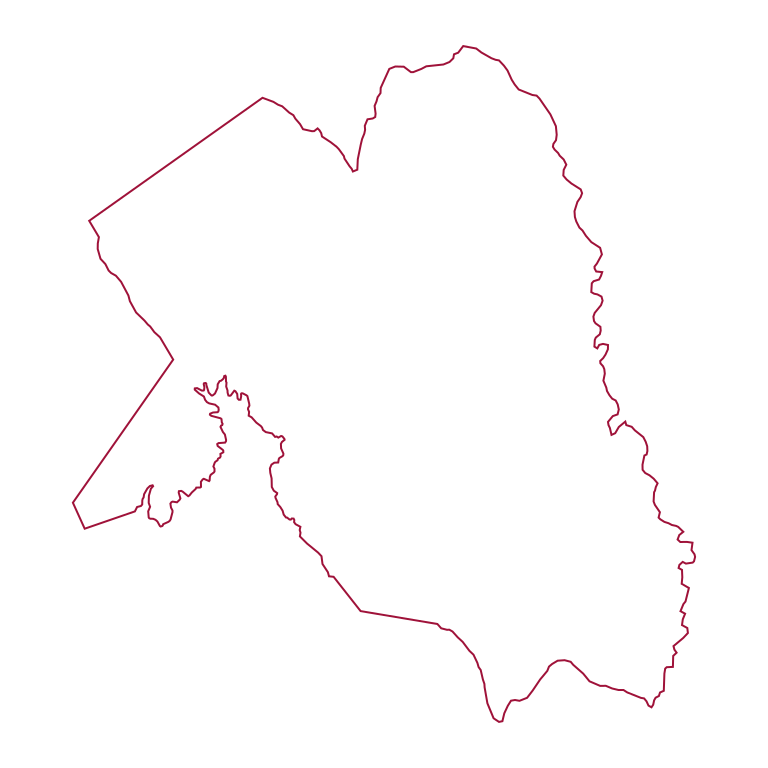 San Miguel Suchixtepec, Oaxaca, Mexico
{"feature_id": "50627088B50710705536412", "entity_name": "San Miguel Suchixtepec", "entity_type": "district", "adm_level": 2, "iso_a3": "MEX", "parent_name": "Mexico", "parent_adm1": "Oaxaca", "projection": "natural_earth1", "projection_center": [-96.466, 16.079], "detail": "fine", "context": "isolated", "style": "outline", "palette": "rose", "viewbox_px": 768, "rotation_deg": 0, "n_neighbors": 0, "source": "geoboundaries", "source_scale": "gbopen_adm2", "svg_char_len": 6091}
<svg xmlns="http://www.w3.org/2000/svg" viewBox="0 0 768 768"><path d="M558.1,153.0L554.6,149.6L552.9,146.8L553.4,143.9L556.0,140.2L556.7,134.8L555.9,126.2L550.4,114.4L539.5,98.6L536.6,95.6L532.4,95.0L518.7,89.5L514.7,84.5L511.7,79.7L507.5,70.5L503.9,65.6L499.0,60.4L495.6,59.8L491.4,58.2L481.4,52.5L476.2,48.5L463.2,46.1L458.2,52.7L454.0,54.3L453.3,58.3L449.5,62.0L443.4,64.5L426.3,66.3L421.4,68.9L413.3,72.1L410.9,72.1L403.8,66.7L395.3,66.5L389.3,68.9L380.7,87.9L380.5,93.1L377.6,97.2L376.5,101.4L374.6,105.9L375.6,113.7L375.2,117.0L372.7,118.5L367.5,119.3L364.8,125.8L365.1,129.8L364.3,133.6L362.1,139.0L360.8,144.4L357.8,159.2L357.3,169.7L352.9,171.5L351.7,168.8L349.6,166.3L344.5,158.6L343.9,156.1L338.8,149.1L336.6,146.8L330.7,142.2L322.0,136.5L321.2,133.1L319.5,130.3L317.6,128.4L314.2,131.1L312.0,131.2L303.0,129.2L300.1,124.2L295.3,118.6L293.4,115.2L289.2,112.6L282.2,106.3L278.0,104.7L273.5,101.9L262.5,97.8L89.2,220.8L98.9,237.1L97.8,243.4L97.7,249.0L100.5,258.8L105.4,264.1L108.6,270.5L111.1,273.0L115.9,275.7L121.1,281.8L128.4,295.5L129.9,301.2L136.1,312.5L144.5,320.6L147.8,324.5L150.2,326.5L154.3,332.1L160.0,337.3L173.2,359.6L72.9,502.7L84.7,528.7L134.9,511.4L137.1,507.0L140.9,506.0L142.2,504.5L142.3,500.4L142.7,498.8L143.6,497.5L144.1,494.2L147.4,488.4L149.9,486.0L152.6,485.3L153.1,486.2L150.9,488.7L148.9,495.7L148.7,502.9L150.1,506.8L148.2,511.3L148.7,517.4L149.2,518.2L150.3,518.7L153.2,518.8L155.5,519.8L157.4,521.5L159.9,526.0L160.6,526.5L162.1,526.1L162.7,525.6L163.2,524.2L168.5,521.8L169.9,520.6L170.6,519.3L172.5,512.1L172.5,510.5L171.0,507.6L170.4,503.6L171.5,502.1L172.6,501.6L177.0,502.3L179.7,499.7L180.4,498.4L178.7,492.7L178.9,491.2L181.2,490.9L182.6,491.6L188.2,496.2L189.4,495.5L191.8,492.5L195.6,489.0L196.3,487.6L200.2,487.5L201.0,486.9L200.9,481.8L202.7,479.4L203.8,478.8L209.1,481.1L209.6,480.5L209.9,476.7L210.7,474.8L213.9,472.4L214.5,471.5L214.5,468.7L213.4,466.5L214.6,463.0L215.3,461.8L217.5,460.3L218.0,458.7L220.1,457.5L220.6,456.3L220.4,453.9L223.3,452.3L223.3,450.7L222.8,449.9L217.7,446.0L217.2,444.1L218.5,443.1L225.1,442.6L226.0,441.2L226.1,440.0L224.9,434.5L222.9,432.0L220.5,426.9L221.1,425.6L222.2,425.1L222.6,423.9L221.8,422.3L221.5,419.1L220.6,418.3L211.2,415.8L209.9,414.7L210.1,413.7L213.0,412.5L217.6,412.2L218.3,411.5L218.7,409.9L218.4,407.5L215.1,404.7L209.2,403.4L206.9,402.1L205.1,399.8L203.9,396.5L199.1,393.5L194.8,389.7L194.7,389.1L194.8,388.4L197.1,388.1L201.9,390.6L203.7,390.5L204.1,389.9L204.4,387.3L203.7,384.0L204.1,383.2L205.7,383.0L206.3,383.7L206.3,384.8L208.7,392.6L211.3,395.3L212.0,395.6L213.0,395.2L215.0,393.5L217.5,388.0L217.7,384.3L219.6,381.1L221.1,380.7L222.8,379.3L223.7,378.2L224.3,376.0L225.4,375.7L225.9,376.7L226.0,381.5L226.5,382.6L226.2,386.6L227.5,390.4L227.6,392.7L228.4,395.5L229.9,395.8L230.8,395.4L234.3,390.7L235.4,391.2L237.2,393.9L237.6,398.5L238.9,399.8L240.5,399.7L241.2,396.1L241.0,394.0L241.5,393.3L242.6,393.3L246.5,395.3L247.4,396.1L249.2,403.7L249.4,405.7L248.1,408.0L248.0,409.2L249.1,411.9L248.7,415.7L251.6,417.3L256.3,422.6L260.9,426.1L262.1,427.6L263.0,430.0L265.8,432.1L272.1,433.4L275.1,436.9L276.7,436.5L278.3,437.6L281.1,436.0L282.4,436.4L284.4,438.9L284.6,439.8L281.9,442.0L280.9,443.9L281.1,448.4L283.4,453.6L283.3,455.1L282.6,456.1L279.4,458.0L278.8,459.0L278.2,462.5L274.3,462.7L271.5,464.6L269.9,468.4L270.3,472.9L271.6,478.4L271.8,487.0L273.8,490.7L277.2,493.1L277.0,494.2L275.3,496.5L275.5,497.8L277.5,502.2L277.7,504.1L280.3,507.0L282.6,510.7L283.7,514.6L286.0,517.5L287.1,517.6L289.5,519.5L290.8,519.6L291.8,518.5L293.6,518.6L294.3,520.0L294.1,522.2L295.6,524.2L300.4,526.8L299.7,530.0L300.5,532.7L299.9,536.4L307.1,543.6L318.1,552.6L321.5,556.2L322.5,564.0L327.9,572.2L329.0,576.3L333.6,576.8L360.6,611.1L437.4,624.0L441.2,628.3L447.0,629.8L449.3,629.7L452.5,631.5L457.7,637.3L462.7,641.9L469.4,650.8L473.5,654.7L477.4,662.9L478.6,667.1L480.7,670.0L482.9,679.5L484.4,683.9L484.6,687.3L487.4,703.3L493.6,718.3L499.0,721.9L502.4,721.2L504.3,713.3L507.8,705.8L511.0,700.7L515.0,700.0L519.5,700.8L527.1,697.8L532.7,690.5L540.2,679.4L547.3,670.9L549.0,666.6L552.1,664.0L557.6,660.7L564.6,660.2L570.7,661.8L573.2,664.8L583.2,673.6L589.5,681.3L600.2,685.9L605.8,685.8L612.2,688.5L618.5,690.0L623.5,690.0L627.2,692.4L641.0,697.9L644.1,698.4L646.5,701.3L648.5,705.6L651.5,707.3L653.2,704.7L654.1,700.4L655.6,697.7L658.9,696.0L660.0,692.5L663.8,690.8L664.4,673.5L665.2,668.6L666.7,667.2L672.9,666.9L673.2,655.9L676.6,652.7L674.4,649.6L673.5,646.1L683.2,638.0L687.9,633.0L687.3,628.0L682.0,625.1L682.8,619.3L685.1,613.7L680.5,611.2L683.4,604.1L685.5,601.5L688.9,588.0L681.7,583.8L682.3,577.3L682.0,569.9L678.6,568.0L679.4,564.9L682.7,561.9L685.9,563.6L692.7,562.6L694.0,561.3L695.1,556.9L694.5,554.3L691.5,550.1L692.5,542.7L686.8,541.9L680.3,542.0L677.6,539.5L679.3,535.0L683.3,531.8L678.2,526.9L676.1,525.9L671.9,525.0L668.5,523.2L664.4,521.9L660.3,519.3L658.6,517.6L659.9,512.2L654.9,504.9L653.6,501.5L654.1,492.2L655.0,490.6L655.8,487.1L657.6,483.3L653.7,478.7L649.5,475.3L645.2,473.0L642.6,469.8L642.5,464.7L644.4,455.5L646.6,454.5L647.4,451.0L647.2,446.3L645.7,441.8L643.3,437.1L634.8,430.3L631.7,426.8L626.3,425.1L625.3,421.6L618.8,427.0L615.2,433.2L611.5,434.9L609.9,428.0L608.5,425.1L608.0,421.9L612.8,416.1L617.6,414.4L618.8,409.5L617.7,404.4L615.7,400.5L612.2,398.7L609.5,395.3L607.0,391.0L606.3,387.6L603.4,380.7L604.8,373.7L604.3,369.2L603.1,366.3L600.4,363.3L600.2,361.0L603.1,358.2L605.5,354.6L607.9,349.3L608.0,345.0L603.0,343.9L599.2,344.9L597.3,348.4L594.4,346.6L594.8,339.9L595.8,337.6L599.8,334.3L600.7,330.6L600.4,326.8L595.5,323.3L594.0,321.0L593.4,316.6L594.7,312.9L601.0,305.2L602.6,300.7L601.5,296.6L597.4,294.4L594.1,293.7L591.3,292.1L591.8,283.3L593.6,281.2L599.1,279.5L601.0,275.8L602.2,272.1L596.2,271.5L594.6,268.5L594.5,266.6L596.9,263.6L601.9,254.4L600.1,247.8L591.3,242.1L585.9,235.8L582.5,230.5L579.4,227.6L576.3,221.5L574.9,217.0L574.5,211.2L577.4,201.9L580.6,197.2L582.1,193.2L580.7,189.4L571.4,183.5L566.6,179.5L563.3,175.6L563.7,169.9L566.3,164.7L563.7,159.5L559.7,155.7L558.1,153.0Z" fill="none" stroke="#9f1239" stroke-width="2"/></svg>